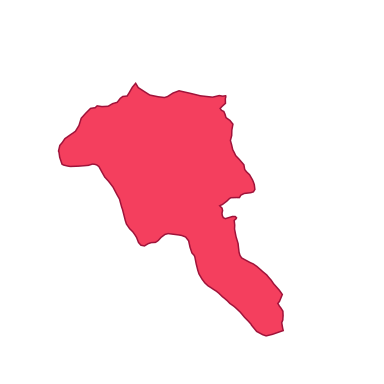 Plahn Nyarn, Sinoe, Liberia (Natural Earth projection), rotated 114°
{"feature_id": "62588387B77612051850083", "entity_name": "Plahn Nyarn", "entity_type": "district", "adm_level": 2, "iso_a3": "LBR", "parent_name": "Liberia", "parent_adm1": "Sinoe", "projection": "natural_earth1", "projection_center": [-9.003, 5.323], "detail": "fine", "context": "isolated", "style": "filled", "palette": "rose", "viewbox_px": 384, "rotation_deg": 114, "n_neighbors": 0, "source": "geoboundaries", "source_scale": "gbopen_adm2", "svg_char_len": 2603}
<svg xmlns="http://www.w3.org/2000/svg" viewBox="0 0 384 384"><g transform="rotate(114 192 192)"><path d="M208.9,330.6L209.9,329.6L214.1,327.0L217.6,323.8L219.5,322.0L219.6,320.2L218.9,316.3L218.2,313.6L214.6,306.3L211.9,301.3L209.8,297.5L207.0,294.3L206.3,292.3L206.2,291.6L206.0,290.1L206.6,287.4L210.5,282.3L213.9,277.7L216.0,272.8L219.6,266.2L224.8,259.6L227.9,255.4L234.3,250.2L236.2,248.4L242.3,243.6L245.1,241.4L247.9,238.9L250.9,234.0L251.8,231.6L252.6,229.6L254.4,226.6L256.1,224.1L259.9,220.3L261.4,217.0L260.6,213.5L257.1,211.1L254.8,208.6L252.9,204.9L251.4,203.9L250.0,203.1L246.0,201.8L241.7,199.4L239.7,196.9L237.8,190.6L236.6,186.6L235.9,183.7L235.7,179.5L238.0,175.2L243.3,171.3L247.7,167.3L249.1,164.1L250.3,162.9L256.0,158.9L259.3,156.3L261.1,154.9L264.0,152.3L267.5,147.4L269.8,143.3L271.2,139.2L271.8,135.1L272.1,133.6L272.7,129.5L273.5,126.4L274.0,125.1L275.3,121.6L275.7,119.9L277.0,115.5L278.4,112.1L279.3,107.5L279.9,105.4L282.1,99.1L285.1,93.0L286.7,88.9L287.0,88.1L289.0,83.8L289.4,83.6L293.1,76.2L293.6,69.3L293.3,65.8L292.8,65.1L289.3,60.6L281.5,52.3L279.8,53.6L274.9,56.9L271.9,57.0L271.0,57.4L267.9,58.5L263.9,60.5L261.7,63.8L260.5,66.1L259.5,67.3L259.0,68.3L256.4,67.6L252.2,67.7L248.9,67.8L247.2,70.6L246.0,72.7L242.7,80.0L240.3,83.9L238.8,87.2L237.9,89.0L237.4,89.9L236.0,94.9L233.7,102.2L232.8,106.8L232.8,110.2L232.3,116.9L232.0,119.9L230.4,122.4L227.9,124.5L223.7,127.0L220.4,128.9L214.8,133.7L208.5,138.1L204.9,139.5L200.8,141.9L198.7,140.9L197.5,140.8L196.8,142.5L197.5,144.1L198.0,145.2L202.8,150.7L202.7,153.0L201.0,154.9L199.1,156.0L196.5,156.5L194.5,158.0L194.0,159.4L193.3,161.1L192.7,160.6L191.0,159.1L186.0,156.4L183.2,155.3L181.5,154.3L179.1,149.4L177.8,146.4L175.0,146.1L172.1,143.7L168.7,138.0L166.9,136.0L164.9,135.7L164.1,135.6L159.9,138.1L157.6,140.3L156.3,141.7L152.8,146.5L151.4,150.4L150.0,153.0L146.0,155.7L142.8,162.5L141.0,166.9L139.0,169.2L136.8,172.0L132.8,175.0L129.3,177.9L124.3,178.7L119.2,180.8L113.4,182.2L111.2,186.4L110.2,191.2L107.6,193.4L105.5,195.7L105.4,198.3L104.2,200.3L101.2,199.2L97.4,197.5L93.2,199.5L91.3,199.8L90.4,200.4L92.0,203.0L92.8,206.3L97.0,211.8L100.7,223.4L102.5,233.4L104.4,243.0L104.8,245.0L109.3,249.6L114.8,253.2L116.9,255.6L118.7,261.4L120.6,270.0L119.5,277.3L118.5,283.6L115.6,287.7L120.5,289.1L127.2,289.8L130.7,290.3L132.9,294.1L135.6,295.6L140.5,296.8L143.6,300.5L147.8,303.5L150.6,309.0L151.9,313.7L154.5,314.8L155.2,316.1L156.9,318.7L162.9,321.0L169.7,323.2L177.2,322.3L184.0,323.2L189.1,326.3L194.9,329.8L199.4,330.6L203.2,331.7L208.9,330.6Z" fill="#f43f5e" stroke="#9f1239" stroke-width="1.5"/></g></svg>